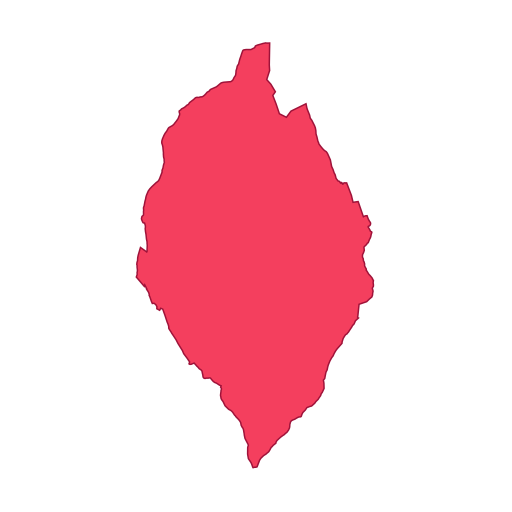 Sinesti, Vâlcea, Romania (Natural Earth projection), rotated 247°
{"feature_id": "2599482B24446821580298", "entity_name": "Sinesti", "entity_type": "district", "adm_level": 2, "iso_a3": "ROU", "parent_name": "Romania", "parent_adm1": "Vâlcea", "projection": "natural_earth1", "projection_center": [23.825, 44.936], "detail": "fine", "context": "isolated", "style": "filled", "palette": "rose", "viewbox_px": 512, "rotation_deg": 247, "n_neighbors": 0, "source": "geoboundaries", "source_scale": "gbopen_adm2", "svg_char_len": 6090}
<svg xmlns="http://www.w3.org/2000/svg" viewBox="0 0 512 512"><g transform="rotate(247 256 256)"><path d="M446.7,351.8L447.7,349.2L448.4,348.1L448.5,347.5L448.7,346.3L448.9,345.7L449.0,344.3L449.6,339.8L449.6,338.0L449.5,337.4L448.4,336.3L448.3,336.0L448.0,332.0L449.9,327.6L450.4,325.6L450.5,324.9L450.4,324.5L450.1,324.0L447.9,321.9L445.9,320.2L443.4,317.9L439.4,314.9L438.6,313.5L437.7,312.6L436.3,311.7L434.3,310.0L432.8,309.3L430.6,308.0L430.1,307.5L428.9,305.6L427.2,303.7L426.9,303.1L426.4,301.7L426.4,300.7L428.5,294.4L428.8,293.0L428.9,291.9L428.9,291.2L427.5,286.8L427.2,285.5L427.1,279.4L426.8,278.4L426.2,277.6L426.1,277.2L425.8,274.9L424.9,273.2L424.3,271.8L424.0,271.0L423.6,269.4L423.7,268.3L424.2,266.8L424.3,265.4L425.2,263.4L425.3,262.4L425.2,261.7L424.5,259.9L424.2,258.8L423.2,254.8L422.3,253.6L421.9,252.8L421.8,251.2L421.1,249.4L420.7,247.7L420.5,245.0L420.2,244.3L419.8,243.6L419.6,242.3L419.5,242.0L419.0,241.7L417.8,241.4L417.0,241.4L415.7,240.8L415.0,240.0L412.9,238.0L411.1,235.1L410.5,233.9L409.3,231.8L408.7,230.0L408.3,226.3L408.1,225.6L407.5,224.7L405.9,222.7L404.5,220.3L403.0,218.4L400.4,215.7L398.7,214.3L397.3,213.6L396.2,213.3L395.1,213.3L392.8,212.9L390.7,212.2L387.1,211.1L386.1,210.6L383.2,209.6L381.1,209.3L379.2,208.5L378.1,208.3L375.9,206.4L373.3,204.7L371.8,203.2L371.0,202.7L370.0,202.4L365.1,197.7L364.2,196.7L363.4,195.7L362.9,194.3L362.6,192.9L360.5,187.2L359.3,184.5L357.9,182.2L354.8,179.0L353.5,177.9L351.4,176.5L349.9,175.3L345.7,172.5L344.7,171.5L343.7,171.0L342.1,170.5L340.7,169.7L339.1,169.1L337.7,168.4L337.5,168.1L337.0,166.5L335.5,165.4L335.0,165.1L333.4,164.9L331.0,165.0L330.5,165.2L330.1,166.1L329.9,166.3L329.6,166.3L327.2,166.0L325.8,165.5L324.5,164.7L321.6,163.8L318.9,163.2L314.4,161.8L312.3,161.4L311.1,161.1L310.6,160.8L308.4,160.1L303.5,157.8L302.6,157.3L302.4,157.0L309.0,153.0L302.8,147.9L300.6,146.4L297.9,145.1L296.8,144.1L294.9,143.0L293.6,142.8L292.3,142.2L289.2,141.3L287.8,140.5L287.1,140.0L285.6,139.5L284.7,138.8L283.4,137.6L271.7,141.3L272.8,142.3L268.6,142.6L268.5,142.3L268.0,142.4L266.9,142.5L265.5,142.8L264.0,142.9L262.3,142.7L261.9,142.5L261.7,142.3L259.4,142.3L255.4,142.0L252.8,142.0L252.4,143.4L252.2,143.8L250.2,144.8L248.1,145.0L246.2,144.1L243.7,146.1L245.1,147.9L243.5,149.4L236.8,149.0L229.8,148.4L227.9,148.4L225.7,148.2L224.6,147.9L223.8,147.5L222.5,147.5L219.4,148.1L217.5,148.3L216.7,148.5L210.2,149.7L205.9,150.0L197.7,151.3L194.3,151.3L189.1,152.6L184.4,153.5L182.9,152.2L182.3,152.6L182.1,152.8L181.7,153.9L181.6,157.2L178.8,158.2L177.5,158.6L176.5,159.1L174.4,159.7L172.8,160.8L172.1,161.1L171.1,161.3L168.9,160.8L167.5,160.6L165.3,160.0L164.2,160.2L163.7,160.6L163.2,161.2L163.0,162.5L162.3,164.2L161.8,166.0L161.3,166.4L160.7,166.6L160.1,166.7L157.1,167.7L155.7,168.6L154.3,170.0L151.7,171.7L150.1,173.2L149.1,172.2L147.7,172.4L147.0,172.2L145.8,171.2L145.1,170.9L142.4,169.3L141.1,168.7L140.5,168.7L138.7,168.2L137.3,168.2L134.9,168.8L130.2,169.0L125.6,170.9L123.6,172.5L122.4,173.1L121.2,173.5L117.9,174.1L116.9,174.6L116.2,174.6L112.3,176.1L110.4,176.6L108.7,176.8L105.9,176.2L103.7,176.4L102.5,176.7L101.0,176.6L97.2,175.7L95.5,175.2L92.3,174.6L87.3,175.0L85.6,175.1L84.6,174.9L83.6,174.0L82.9,173.5L77.0,170.9L72.4,169.8L67.7,170.7L65.7,170.7L63.0,170.5L62.3,170.6L62.1,172.2L61.6,173.4L61.5,174.6L66.7,179.6L67.9,181.4L69.3,185.0L69.8,188.0L70.3,189.3L70.6,190.5L70.9,191.3L71.8,192.6L73.4,194.6L73.9,195.2L74.2,196.3L75.0,197.8L75.9,201.1L76.3,201.3L76.8,201.7L77.7,202.8L78.0,203.3L79.6,207.8L80.3,210.7L80.6,212.6L81.2,213.6L81.4,214.9L81.8,215.9L83.2,218.1L84.5,219.5L85.0,219.9L86.0,220.5L87.7,221.3L89.8,223.0L90.5,224.2L90.7,225.7L90.6,228.0L90.9,229.8L91.1,231.8L91.0,232.8L90.5,234.3L90.6,234.7L90.8,235.1L92.2,236.3L93.6,237.9L94.4,239.9L95.0,241.3L96.5,243.5L96.6,243.9L96.5,245.1L96.5,246.5L96.2,248.2L96.4,249.5L96.8,250.3L97.5,252.5L98.6,254.2L99.7,257.0L100.0,257.6L100.8,258.6L102.2,260.9L103.8,262.3L104.5,263.6L107.5,266.9L112.1,268.7L113.5,269.1L114.9,269.4L115.4,269.6L115.7,269.9L116.1,271.0L116.5,271.5L117.9,272.4L121.3,274.7L122.0,275.3L123.4,277.0L125.9,278.7L127.4,279.9L130.6,283.1L132.9,286.1L133.9,287.9L135.7,289.8L137.8,292.6L139.0,294.7L141.9,300.8L142.2,301.2L143.2,301.6L146.1,304.1L148.1,306.9L148.6,307.9L148.8,309.4L149.4,310.3L149.8,311.3L151.2,313.3L153.2,316.4L153.5,316.7L154.4,317.9L154.7,318.9L155.2,319.8L157.5,322.2L158.9,326.1L159.4,325.7L160.1,325.6L160.8,326.2L161.0,326.3L171.3,332.0L170.7,340.0L172.1,343.6L173.0,346.6L174.5,348.0L176.1,348.8L177.7,349.9L178.8,350.2L180.6,350.4L181.1,350.7L181.4,351.0L182.1,352.1L182.6,352.4L183.8,352.9L185.7,353.4L187.5,354.5L187.9,354.6L188.7,354.2L189.2,354.2L189.6,354.4L190.4,354.3L193.4,353.4L195.1,352.7L198.7,352.2L199.9,351.9L200.8,352.4L204.2,352.1L205.3,352.4L206.2,352.9L207.3,353.0L208.1,353.2L209.3,353.0L212.0,353.7L213.1,353.5L214.4,354.0L215.6,354.6L217.1,356.3L218.9,357.9L221.7,358.7L222.1,359.0L222.5,359.8L222.9,361.1L223.6,362.6L224.4,363.6L224.3,364.2L224.6,364.7L227.3,367.3L227.4,367.6L228.3,368.6L229.0,369.2L231.3,370.8L232.2,371.7L232.7,371.9L233.0,371.9L234.1,371.0L235.8,371.0L238.4,370.6L239.0,370.6L239.4,370.9L239.4,372.2L239.7,373.0L240.7,374.0L241.5,374.3L242.2,374.4L243.4,374.1L245.9,373.8L248.6,373.9L249.7,374.0L250.2,372.5L250.3,371.2L250.2,370.2L266.2,371.3L267.5,366.3L274.5,367.5L287.9,368.0L288.0,367.2L288.6,366.6L288.9,365.4L288.7,364.8L288.9,364.3L288.3,364.2L288.4,363.8L290.0,363.6L290.2,363.4L289.8,363.2L289.8,362.7L290.0,362.4L290.6,362.2L291.5,362.1L292.1,361.9L292.4,361.7L292.9,360.9L295.9,360.1L296.5,360.1L299.1,360.5L300.1,360.6L302.1,360.4L305.3,360.7L308.9,360.6L315.4,362.0L321.8,361.9L323.0,361.8L324.6,361.4L326.4,360.2L328.6,359.3L331.6,358.4L334.1,357.8L334.8,357.7L336.1,357.9L337.4,357.8L341.7,358.6L344.6,358.9L345.4,359.1L348.1,360.1L350.8,360.7L353.1,360.8L359.1,360.4L361.7,359.8L364.8,360.4L370.8,360.5L372.6,360.7L376.6,361.5L375.7,344.8L371.8,338.2L377.8,333.1L388.0,333.9L397.2,334.2L399.6,338.0L408.3,336.8L414.2,334.8L421.4,341.0L426.7,342.9L446.7,351.8Z" fill="#f43f5e" stroke="#9f1239" stroke-width="1.5"/></g></svg>